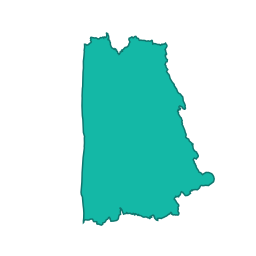 outline of Mananjary, Vatovavy-Fitovinany, Madagascar, rotated 164°
{"feature_id": "10022922B52512193010711", "entity_name": "Mananjary", "entity_type": "district", "adm_level": 2, "iso_a3": "MDG", "parent_name": "Madagascar", "parent_adm1": "Vatovavy-Fitovinany", "projection": "mercator", "projection_center": [48.046, -21.236], "detail": "fine", "context": "isolated", "style": "filled", "palette": "teal", "viewbox_px": 256, "rotation_deg": 164, "n_neighbors": 0, "source": "geoboundaries", "source_scale": "gbopen_adm2", "svg_char_len": 5689}
<svg xmlns="http://www.w3.org/2000/svg" viewBox="0 0 256 256"><g transform="rotate(164 128 128)"><path d="M68.5,199.2L70.1,198.6L71.1,199.0L72.0,198.7L72.4,199.2L73.9,198.5L74.2,198.6L74.2,199.1L74.7,199.6L76.5,200.1L78.6,201.6L79.8,202.0L81.0,201.9L80.9,202.9L80.7,203.3L80.9,203.8L80.6,205.1L80.9,205.7L82.2,205.4L83.5,205.5L84.5,206.2L85.1,206.1L85.4,206.3L86.5,206.4L87.7,207.5L90.5,208.4L91.5,209.0L92.4,208.9L93.0,209.2L93.3,211.0L93.6,211.4L94.6,211.9L95.2,213.9L95.9,214.1L98.3,213.2L99.0,214.4L99.6,214.5L100.1,214.2L100.6,214.0L102.1,214.0L102.4,213.6L102.8,212.6L102.4,210.2L104.1,208.3L104.6,207.3L105.2,206.7L105.9,206.6L106.5,206.1L107.2,206.1L107.7,205.9L108.4,206.3L110.1,205.4L110.4,205.0L111.5,204.6L112.5,204.6L112.6,204.1L112.3,203.6L112.3,203.4L112.8,203.6L113.2,203.3L113.6,203.6L114.0,203.1L114.6,203.2L114.9,202.3L115.5,201.9L115.9,201.3L116.4,201.2L116.5,201.9L117.1,202.4L117.1,204.2L117.3,204.7L117.8,205.0L117.6,206.1L118.1,206.4L118.1,207.3L118.8,207.9L119.3,207.3L119.6,207.3L120.4,208.5L121.3,209.3L121.7,210.3L121.9,211.9L121.9,213.2L121.4,215.1L121.7,215.9L121.6,217.3L121.8,217.8L122.7,218.1L122.8,218.6L122.4,219.3L121.8,219.4L121.7,219.7L121.3,221.8L121.7,223.1L121.4,223.8L121.7,224.5L122.5,225.1L122.7,224.7L122.6,223.8L122.8,223.0L124.0,221.3L124.4,221.1L125.5,222.0L126.1,222.0L126.5,221.3L126.8,222.1L127.2,222.3L127.8,222.1L129.1,222.1L129.6,222.5L131.2,221.7L132.3,221.9L133.9,223.5L135.3,223.7L138.5,225.4L138.9,225.2L139.4,224.3L139.1,223.8L139.3,223.2L139.9,222.4L139.5,221.1L140.0,220.4L142.2,219.7L142.3,219.3L143.0,219.0L143.6,219.1L144.4,218.9L144.8,219.0L145.5,220.0L146.2,220.4L146.7,220.5L147.4,217.7L148.8,214.5L148.9,213.2L149.1,213.0L150.9,208.2L152.5,204.5L154.3,197.9L155.8,194.1L160.1,180.4L160.9,178.7L163.3,171.5L163.8,169.4L166.1,162.1L168.5,152.4L169.0,148.7L172.1,136.0L172.1,131.7L172.7,130.5L174.0,125.5L175.3,121.9L175.4,121.0L179.3,111.9L184.4,97.7L187.2,88.8L190.8,79.3L191.2,76.9L190.8,74.3L192.4,66.2L193.0,62.3L193.9,58.3L195.4,53.6L196.5,50.9L196.9,49.4L196.4,49.7L196.1,50.7L194.9,51.5L194.2,51.5L192.0,50.6L190.8,50.4L190.3,50.4L189.5,50.8L187.7,50.4L187.1,49.9L187.0,48.1L186.6,47.4L184.1,46.6L183.8,46.2L184.3,44.9L184.3,44.4L184.1,44.1L182.7,43.7L181.2,42.5L180.3,42.0L178.9,42.4L178.4,43.6L176.3,43.8L175.1,44.7L174.1,45.8L172.7,46.0L172.1,46.4L171.3,47.3L170.7,47.4L170.4,47.2L170.4,46.3L170.1,45.7L170.4,45.2L170.0,43.8L170.1,43.1L167.4,42.5L164.4,42.3L162.9,42.9L162.2,43.7L161.1,45.9L160.3,46.9L159.0,47.0L158.4,49.9L157.4,51.8L157.4,52.2L157.8,52.8L157.7,53.2L157.4,53.2L157.2,53.0L156.5,51.4L156.3,48.6L156.0,46.4L154.8,46.5L153.3,46.3L152.9,46.5L152.7,47.1L152.4,47.0L151.9,45.9L151.0,45.7L150.2,45.7L149.8,45.4L149.1,45.3L148.6,44.4L148.0,44.3L147.5,43.9L147.1,43.9L146.7,44.5L146.3,44.4L145.9,43.7L145.8,42.9L145.6,42.6L145.1,42.7L144.9,43.5L144.5,43.6L143.1,42.2L142.8,41.6L142.4,41.9L141.9,42.0L141.7,41.8L141.9,41.3L141.8,41.1L139.6,40.1L138.4,38.6L137.3,37.9L135.5,37.7L134.5,37.2L133.9,36.4L132.9,36.0L132.1,35.0L131.8,35.0L131.6,35.3L131.2,36.5L130.4,35.8L130.0,35.7L129.7,35.8L129.7,36.1L130.2,36.9L128.4,37.4L127.5,37.1L127.3,36.4L127.5,35.4L127.0,34.9L127.2,33.9L126.1,31.8L125.3,31.2L124.9,31.0L124.6,32.1L124.7,32.6L124.4,32.9L123.7,32.7L122.7,32.7L120.8,31.8L119.5,32.2L118.2,32.2L117.4,32.5L115.2,32.8L112.9,33.8L112.4,33.7L112.0,34.1L111.3,34.0L110.2,35.1L109.9,35.0L109.6,34.4L109.7,33.1L109.0,32.8L108.7,32.0L107.1,31.8L106.2,31.2L105.0,31.0L104.2,30.6L103.6,30.6L102.9,31.3L102.6,31.9L102.5,32.4L103.0,33.9L103.0,34.5L102.0,36.2L101.9,37.7L101.4,38.6L100.7,39.0L100.5,40.1L101.8,43.0L102.4,45.8L103.2,46.5L102.8,47.6L102.2,48.1L101.4,48.5L100.9,49.1L100.1,48.4L99.8,48.6L99.3,48.6L98.3,47.9L97.8,48.4L97.7,48.9L96.3,49.3L94.6,51.8L94.1,52.0L93.6,51.4L93.2,51.3L93.1,51.6L93.0,50.3L92.5,49.6L91.9,47.9L91.5,47.3L91.3,47.1L89.2,46.8L87.8,47.2L87.0,47.7L86.0,47.9L86.1,49.1L85.9,49.6L85.1,50.2L84.0,50.0L83.8,50.8L83.4,50.8L82.8,50.4L82.2,50.6L80.0,50.2L78.4,49.5L77.5,49.8L77.1,50.1L75.8,50.7L74.6,52.1L73.7,52.6L72.8,52.5L72.0,51.9L70.8,51.7L69.4,51.6L66.4,50.5L64.9,51.2L62.5,51.9L61.9,52.4L60.8,52.6L60.2,53.4L59.2,55.3L59.1,57.9L59.7,60.1L60.3,61.1L62.7,63.0L65.3,63.8L68.6,62.9L69.1,62.6L69.5,63.1L69.8,64.0L70.7,65.2L71.8,65.8L72.2,68.2L73.0,70.4L73.2,72.4L73.0,73.0L73.4,73.9L73.2,74.7L74.0,76.2L73.7,76.5L73.6,76.9L74.1,79.4L74.0,79.7L72.6,80.8L70.9,79.4L70.4,80.0L69.4,80.4L68.9,80.8L68.3,81.4L68.1,82.1L68.4,84.2L68.8,84.8L68.7,85.8L70.4,87.7L71.0,89.8L71.0,90.8L70.5,93.8L70.1,94.4L70.9,94.5L70.5,95.0L70.6,95.4L72.6,98.5L72.8,100.6L74.2,101.9L75.0,103.1L74.9,103.8L74.1,105.1L73.9,106.1L74.2,107.9L74.1,110.1L74.6,114.4L74.7,115.4L75.1,116.5L74.4,117.6L74.7,119.1L73.9,119.9L73.9,120.3L74.1,121.7L74.0,122.9L74.7,124.1L75.7,127.7L75.2,128.9L75.6,129.7L75.8,130.3L75.4,130.9L75.0,130.8L74.6,131.0L74.7,131.5L74.6,131.9L73.5,131.7L73.0,131.3L72.1,132.3L72.2,132.6L73.1,133.1L73.3,133.5L73.1,134.5L72.4,134.9L71.7,134.7L70.3,133.4L69.6,131.3L69.2,131.3L68.8,131.0L68.7,130.5L68.1,130.4L67.9,130.9L67.3,131.2L67.3,132.9L66.8,133.9L66.9,135.6L67.4,138.4L67.4,139.5L67.1,140.5L66.9,142.3L66.9,143.2L67.4,143.8L68.1,145.7L68.7,146.7L69.7,147.4L70.4,149.2L70.6,152.3L71.2,153.3L71.1,153.8L71.3,154.4L71.8,155.0L71.7,155.5L71.9,156.6L71.6,157.2L72.9,160.1L73.9,163.9L73.8,167.2L74.0,168.4L74.4,168.8L75.4,171.6L74.5,172.7L73.7,173.1L73.7,173.3L74.6,175.5L74.6,176.5L74.4,177.6L75.0,178.7L73.3,180.9L72.7,181.1L72.1,181.0L71.3,182.8L72.2,184.2L72.3,186.8L72.1,187.7L71.5,188.5L71.4,188.5L70.8,188.0L70.5,188.5L70.7,190.9L70.5,191.9L70.8,193.1L70.3,193.4L69.9,194.2L68.9,194.9L67.9,196.1L67.9,197.2L68.3,197.9L68.5,199.2Z" fill="#14b8a6" stroke="#0f766e" stroke-width="1.5"/></g></svg>